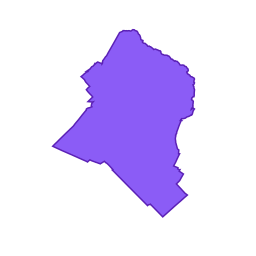 the district of Merei, Buzau, Romania, rotated 74°
{"feature_id": "2599482B56691753732557", "entity_name": "Merei", "entity_type": "district", "adm_level": 2, "iso_a3": "ROU", "parent_name": "Romania", "parent_adm1": "Buzau", "projection": "orthographic", "projection_center": [26.654, 45.125], "detail": "fine", "context": "isolated", "style": "filled", "palette": "violet", "viewbox_px": 256, "rotation_deg": 74, "n_neighbors": 0, "source": "geoboundaries", "source_scale": "gbopen_adm2", "svg_char_len": 5349}
<svg xmlns="http://www.w3.org/2000/svg" viewBox="0 0 256 256"><g transform="rotate(74 128 128)"><path d="M208.0,130.6L207.9,130.4L207.7,130.1L207.5,129.6L207.4,129.0L207.5,128.4L207.7,128.0L207.6,127.9L207.4,127.5L223.0,119.1L216.2,105.1L213.1,98.5L213.1,98.4L210.9,93.9L208.8,89.4L206.1,91.4L205.6,91.6L199.4,94.7L195.1,96.9L192.8,92.8L190.1,90.1L187.5,87.4L183.6,90.7L182.5,89.7L182.5,89.8L181.0,91.5L180.0,90.9L177.1,94.6L175.8,93.4L174.1,91.7L171.6,89.6L169.2,87.5L167.0,85.5L166.6,86.5L163.1,85.2L162.4,85.8L162.0,86.0L161.4,86.2L160.8,86.2L155.5,86.1L155.1,86.2L153.8,85.8L152.2,85.6L151.2,85.4L149.6,84.7L149.2,84.4L148.2,84.3L148.0,84.2L147.9,83.8L147.7,83.8L147.4,83.7L146.9,83.3L146.9,83.0L146.5,82.7L145.7,82.4L145.2,82.3L145.2,82.2L143.2,80.7L141.1,79.2L140.1,78.5L138.4,77.2L138.0,76.9L137.1,76.1L136.4,75.6L136.2,75.6L135.9,75.8L135.5,75.8L135.7,74.7L135.7,74.3L134.6,75.1L134.4,75.0L134.3,74.8L134.3,74.1L134.1,74.0L133.8,73.8L134.0,73.2L134.3,71.8L134.3,70.0L134.2,69.7L133.9,69.2L133.6,68.2L133.6,67.7L133.6,66.4L133.4,65.3L133.1,64.3L132.8,63.5L133.1,63.3L132.8,62.8L132.3,62.3L131.3,61.7L130.6,61.3L129.5,60.6L128.4,59.4L128.1,59.1L128.0,58.9L127.7,59.1L127.4,59.4L126.8,59.9L127.6,62.1L127.2,61.9L126.8,61.5L126.1,60.5L125.6,59.7L124.8,59.7L124.5,59.4L124.3,59.4L124.0,59.3L123.8,59.4L122.7,58.8L121.6,58.4L120.4,57.9L119.1,58.3L118.9,58.8L118.1,59.1L117.9,59.1L117.7,59.0L117.4,58.6L117.1,58.6L116.6,58.3L116.4,57.6L116.0,57.0L115.8,56.8L116.0,56.3L116.1,56.0L115.0,55.4L114.7,55.3L114.4,55.2L113.9,55.1L112.6,54.7L110.5,53.9L109.6,53.5L109.0,53.5L108.7,53.6L108.2,53.5L107.7,53.7L107.2,53.5L106.8,53.3L106.2,53.3L105.8,53.6L105.6,53.6L105.4,53.6L105.2,53.5L104.8,53.5L104.4,53.5L104.5,53.1L104.3,52.7L103.8,52.3L103.6,52.1L103.4,51.9L103.1,51.8L102.8,51.6L102.5,51.6L102.4,51.8L102.3,52.0L102.1,52.1L101.8,52.0L101.6,51.9L101.3,51.8L100.3,51.3L99.3,50.6L98.9,50.6L98.4,50.7L98.1,50.8L96.9,52.1L96.4,52.4L96.3,52.6L96.0,53.3L95.7,53.7L95.6,53.8L95.0,53.8L94.6,53.9L93.8,54.4L93.1,55.2L92.1,55.9L91.8,55.7L91.6,55.8L90.9,56.1L90.5,56.2L90.4,56.2L90.2,56.0L90.1,55.6L90.0,55.1L89.7,54.5L89.3,54.2L88.6,54.1L87.9,54.1L87.6,54.1L86.4,54.8L85.8,55.0L85.2,55.1L84.7,55.6L84.6,55.8L84.4,56.3L84.1,56.6L83.2,56.9L83.0,57.0L82.9,57.2L82.8,57.7L82.4,58.4L82.3,58.8L82.3,59.6L81.6,60.7L81.4,60.8L80.6,60.9L80.2,61.0L79.9,61.1L78.2,62.0L77.6,62.3L77.3,62.7L77.2,63.3L77.1,63.5L76.7,63.8L76.4,64.1L76.6,64.7L76.6,64.8L76.5,65.0L75.8,65.3L75.6,65.4L75.1,65.9L74.6,66.2L74.2,66.3L74.1,66.5L73.9,67.1L73.5,67.4L73.4,67.6L73.3,67.8L73.2,67.8L72.8,67.8L72.6,67.8L71.3,68.3L70.5,68.7L70.2,68.8L70.0,69.0L69.8,69.6L69.1,70.1L68.9,70.3L68.5,71.3L68.3,71.9L68.2,72.5L68.0,73.0L67.1,73.9L66.9,74.5L66.2,75.1L65.8,75.4L64.6,75.6L64.3,75.6L63.8,75.4L63.3,75.5L63.0,75.6L62.8,75.7L62.5,76.0L62.4,76.3L62.3,76.8L62.2,76.9L61.6,77.4L60.9,78.3L60.3,79.2L59.9,79.5L59.7,79.8L59.6,80.2L59.6,80.6L59.7,81.3L59.6,81.8L59.3,81.9L58.7,82.0L56.1,83.9L56.0,84.2L55.8,84.5L55.1,85.0L55.0,85.8L55.0,86.2L54.9,86.4L54.7,86.6L54.4,86.7L53.7,86.8L53.2,87.0L52.7,87.4L52.1,87.8L51.5,88.1L51.4,88.3L50.9,89.3L50.7,89.7L49.9,90.3L49.2,90.5L49.1,90.4L48.9,89.9L48.7,89.8L48.3,89.5L48.1,89.5L47.9,89.6L47.8,89.9L47.1,90.6L46.7,91.2L46.5,91.3L46.1,91.2L44.8,91.0L44.2,91.0L43.3,91.0L42.8,91.0L42.1,91.2L41.5,91.3L41.3,91.4L40.7,92.0L40.3,92.1L39.7,92.1L39.3,92.2L39.0,92.2L38.4,92.3L37.4,92.7L37.3,93.1L36.8,93.4L36.4,94.3L35.5,94.7L35.3,95.0L34.8,96.2L35.6,98.6L34.7,100.2L34.5,101.4L34.5,101.7L34.2,102.4L34.0,102.8L34.1,103.1L33.4,104.7L33.1,105.6L33.0,105.9L33.1,106.1L33.4,106.3L33.6,106.6L33.7,108.0L33.9,109.1L33.9,109.7L42.8,118.7L50.3,126.4L52.7,128.7L53.3,129.9L55.3,132.3L56.3,133.7L57.3,134.2L58.0,134.4L58.7,134.7L59.4,135.5L59.2,135.5L58.7,135.4L58.5,135.6L58.3,135.8L58.2,136.4L56.3,138.8L56.2,139.1L56.5,139.6L56.5,140.0L56.8,140.7L57.4,141.8L56.9,142.1L57.5,142.7L58.2,143.3L58.6,144.1L58.9,144.5L59.1,145.9L59.5,146.4L59.5,146.5L59.8,146.9L60.2,147.5L60.8,148.1L60.8,148.4L60.9,148.5L60.9,148.8L61.1,148.9L61.2,149.4L61.3,149.9L61.3,150.2L61.7,150.9L62.0,152.1L62.5,150.8L62.8,151.2L62.6,151.9L64.2,155.8L64.5,156.2L65.0,157.4L65.7,159.0L66.8,158.2L69.3,156.7L69.6,156.5L70.5,156.4L72.3,155.9L77.5,153.3L78.5,155.6L79.4,157.0L79.7,157.5L82.4,156.4L83.4,155.9L84.0,155.6L84.6,155.3L84.8,155.2L86.0,154.5L88.3,153.4L88.5,153.4L89.8,155.9L91.6,159.2L92.9,155.9L93.3,154.6L93.3,154.4L94.4,156.0L94.8,156.3L95.7,156.8L96.3,157.1L96.8,157.2L97.1,157.1L97.6,156.9L97.6,157.3L97.9,158.8L97.9,159.1L97.8,159.5L97.8,159.8L97.8,160.1L97.8,160.5L97.8,160.8L97.8,161.2L98.2,162.6L98.4,162.9L98.5,163.0L99.1,163.1L99.4,163.2L99.6,163.6L100.0,164.3L103.1,168.8L103.5,169.3L105.0,171.4L106.1,172.9L107.8,175.4L108.3,176.2L108.6,176.6L109.9,178.5L110.3,178.9L111.1,180.0L112.7,183.0L112.9,183.5L113.7,184.9L116.0,189.3L116.5,190.2L119.3,195.4L121.1,198.7L121.4,199.1L123.2,202.6L124.8,205.4L131.3,197.9L142.5,184.4L142.7,184.2L148.3,177.5L149.2,176.5L149.5,176.4L149.5,176.2L149.4,176.1L149.1,175.5L148.1,173.4L148.7,172.8L149.4,172.0L150.0,171.2L151.5,169.1L152.4,168.0L152.5,167.6L153.3,166.6L153.7,166.1L154.1,165.5L154.3,165.0L154.5,164.7L154.8,164.6L153.5,159.9L154.4,159.4L155.5,158.7L156.0,158.1L157.8,157.0L159.5,156.1L163.8,154.0L164.0,154.5L164.1,154.4L164.2,154.6L164.5,154.4L184.7,143.4L208.0,130.6Z" fill="#8b5cf6" stroke="#5b21b6" stroke-width="1.5"/></g></svg>